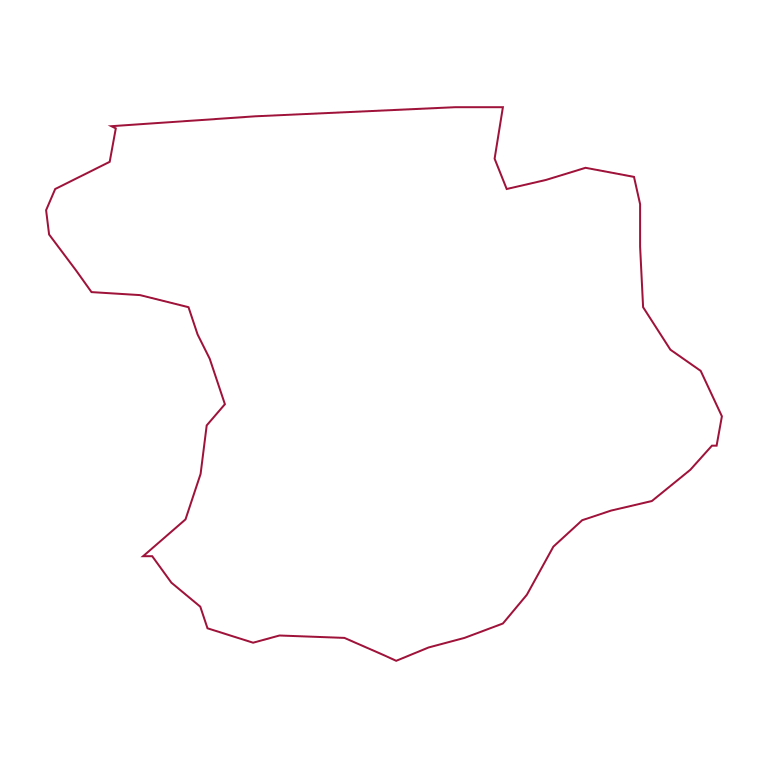 the district of Herrljunga, Västra Götaland, Sweden
{"feature_id": "70781695B89566338626874", "entity_name": "Herrljunga", "entity_type": "district", "adm_level": 2, "iso_a3": "SWE", "parent_name": "Sweden", "parent_adm1": "Västra Götaland", "projection": "mercator", "projection_center": [13.142, 58.022], "detail": "fine", "context": "isolated", "style": "outline", "palette": "rose", "viewbox_px": 768, "rotation_deg": 0, "n_neighbors": 0, "source": "geoboundaries", "source_scale": "gbopen_adm2", "svg_char_len": 758}
<svg xmlns="http://www.w3.org/2000/svg" viewBox="0 0 768 768"><path d="M716.6,445.7L721.9,416.3L700.7,370.9L670.4,349.7L643.1,307.2L640.1,246.6L640.1,204.2L634.0,176.9L585.5,167.8L546.1,179.9L506.7,189.0L494.6,158.7L502.9,107.2L455.2,107.2L255.2,116.3L149.1,123.6L111.4,126.2L115.8,128.4L109.7,161.8L55.2,189.0L46.1,210.2L49.1,234.5L76.4,270.9L91.5,292.1L140.0,295.1L188.5,307.2L197.6,334.5L209.7,358.7L224.9,404.2L206.7,425.4L200.6,473.9L185.5,519.4L143.1,556.2L152.2,556.2L171.4,582.7L200.3,606.7L207.5,628.3L253.1,642.7L279.5,635.5L344.4,637.9L382.8,654.7L396.2,660.8L428.5,647.5L464.5,637.9L502.9,623.5L526.9,594.7L553.4,546.6L582.2,520.2L611.0,510.6L651.9,501.0L690.3,469.8L711.9,445.7L716.6,445.7Z" fill="none" stroke="#9f1239" stroke-width="2"/></svg>